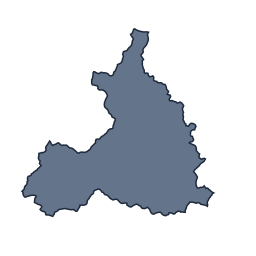 Ouro Preto, Minas Gerais, Brazil, rotated 99°
{"feature_id": "56859067B58463943509301", "entity_name": "Ouro Preto", "entity_type": "district", "adm_level": 2, "iso_a3": "BRA", "parent_name": "Brazil", "parent_adm1": "Minas Gerais", "projection": "albers", "projection_center": [-43.625, -20.396], "detail": "fine", "context": "isolated", "style": "filled", "palette": "slate", "viewbox_px": 256, "rotation_deg": 99, "n_neighbors": 0, "source": "geoboundaries", "source_scale": "gbopen_adm2", "svg_char_len": 5859}
<svg xmlns="http://www.w3.org/2000/svg" viewBox="0 0 256 256"><g transform="rotate(99 128 128)"><path d="M35.1,140.1L36.5,139.1L38.0,137.6L39.3,136.6L41.0,137.2L42.6,137.4L43.7,137.2L45.3,137.5L47.0,138.2L48.3,139.4L49.6,140.3L50.7,140.6L52.0,141.6L52.6,143.2L53.3,144.4L56.0,144.8L56.9,144.2L58.1,143.7L59.2,143.9L60.5,144.2L62.0,144.2L63.6,144.6L64.6,144.9L65.6,146.0L67.0,148.3L68.4,148.2L70.0,148.7L71.6,148.9L72.8,149.4L73.9,149.7L75.2,150.9L76.7,150.7L78.0,151.2L78.9,152.2L79.2,153.6L78.9,154.9L77.9,155.9L77.2,157.4L77.1,159.5L77.4,160.9L77.1,162.1L77.4,163.8L78.9,165.2L78.7,166.7L78.4,168.1L77.8,169.3L77.8,170.7L79.2,171.1L80.8,170.8L82.7,170.9L84.5,170.8L86.0,171.4L89.4,170.9L90.9,170.0L90.9,168.3L91.1,166.8L91.0,165.1L92.1,164.2L93.8,163.9L94.8,162.7L94.8,161.4L94.5,160.0L94.5,158.3L95.2,157.2L95.7,155.9L97.7,154.3L99.4,153.3L101.3,153.8L102.7,154.4L103.7,154.7L105.0,154.7L106.3,155.2L109.1,155.0L110.8,154.3L112.0,152.8L112.9,151.3L114.0,150.2L115.5,149.6L116.5,148.9L117.2,147.1L118.3,146.1L119.5,145.6L120.0,144.6L120.3,143.2L120.8,142.2L122.5,141.8L123.7,142.4L125.5,142.5L128.2,143.0L130.6,142.9L131.3,143.8L131.6,145.2L132.2,146.2L133.1,147.1L136.3,148.4L137.3,149.4L139.6,151.3L140.4,152.6L141.6,153.5L143.1,154.3L143.8,155.2L143.7,156.5L144.3,157.8L146.1,158.0L148.0,157.8L149.2,158.9L152.2,161.1L153.7,161.7L154.9,162.0L156.0,163.3L157.5,164.5L158.2,165.6L158.8,166.8L159.0,169.7L159.4,171.3L160.7,173.0L160.2,174.5L159.4,175.4L158.0,177.8L157.1,179.1L156.7,180.4L156.7,182.4L156.0,183.9L155.3,184.8L154.5,186.1L154.9,187.6L154.9,189.1L155.6,190.5L155.2,191.8L154.2,193.0L153.5,194.4L154.4,196.0L155.2,196.7L156.0,198.4L157.0,199.6L156.2,200.7L155.3,201.6L154.1,202.2L153.1,203.4L154.8,204.0L156.1,204.6L157.4,205.1L158.5,205.8L159.8,206.2L161.0,206.1L162.2,205.5L163.7,205.8L164.8,206.8L165.6,208.0L165.8,209.6L166.6,210.7L166.9,212.0L169.8,211.7L170.9,211.9L172.0,211.7L173.3,211.0L174.1,209.8L175.4,209.7L177.0,209.9L177.9,208.9L178.6,207.9L181.1,209.6L182.4,210.8L183.8,211.4L184.9,212.8L186.1,214.0L187.3,214.8L188.5,216.2L189.9,216.4L190.7,217.5L191.4,219.0L192.7,219.5L194.2,219.3L195.6,218.6L196.6,219.3L198.3,219.0L200.0,219.4L200.9,220.1L201.9,220.8L203.1,221.0L204.5,220.9L205.8,221.9L207.2,222.8L207.8,221.7L208.9,221.6L210.2,221.1L211.6,220.1L212.5,218.7L211.6,217.3L210.8,215.8L210.4,214.5L209.8,213.6L209.4,211.9L209.2,210.6L209.2,209.0L210.0,207.8L212.1,209.0L213.2,208.8L214.7,208.9L216.2,208.7L216.9,206.1L217.5,205.1L217.5,203.9L217.8,202.8L218.5,201.2L219.9,200.9L222.1,202.1L223.1,201.0L223.6,199.6L223.7,198.3L224.0,196.7L226.6,195.5L226.3,192.1L226.8,190.1L227.0,188.4L225.6,188.0L224.6,187.3L223.4,187.4L222.4,187.0L221.8,185.7L220.7,184.4L219.3,183.5L218.9,182.2L218.4,180.8L217.3,177.2L217.6,175.6L217.6,170.8L217.0,169.3L217.6,167.9L218.4,166.4L218.0,165.2L215.7,164.4L213.3,163.3L211.9,163.5L211.3,161.3L211.2,159.9L210.8,158.7L210.1,157.6L209.1,156.8L206.2,156.8L205.1,156.4L204.1,155.6L202.7,155.1L201.3,154.4L199.7,153.8L198.9,152.6L198.0,152.0L195.6,151.9L194.3,150.3L192.8,147.4L193.4,145.9L194.1,144.7L195.4,143.8L195.5,142.3L196.6,141.4L197.5,140.2L197.4,138.6L198.0,137.5L198.9,136.1L200.0,135.1L200.6,133.8L201.4,131.6L200.7,130.1L200.1,128.3L200.6,126.9L202.4,124.7L203.3,123.2L203.3,121.5L202.4,118.8L202.6,117.3L204.2,117.1L205.6,114.0L205.5,112.5L204.2,111.2L203.0,109.7L202.2,108.4L201.8,106.9L202.8,105.1L203.2,103.4L204.2,102.6L205.1,101.5L205.1,99.3L204.4,97.9L203.3,96.5L204.0,95.3L204.9,93.9L207.2,92.6L208.2,91.8L208.9,90.7L209.1,89.5L208.7,88.4L207.7,87.5L206.4,84.3L206.2,82.7L207.0,81.6L207.8,80.8L208.4,79.7L208.7,78.3L208.7,76.9L207.8,76.2L207.5,74.9L206.6,74.2L205.4,74.3L205.2,73.1L205.2,71.5L205.9,69.5L205.2,68.2L204.1,67.7L203.2,66.6L202.5,65.7L202.0,64.0L202.9,62.7L202.3,61.5L202.5,60.0L202.3,58.3L199.9,58.6L198.8,58.0L197.4,57.9L195.6,57.6L194.2,56.9L193.2,56.0L191.5,55.5L191.3,53.0L191.1,51.4L191.5,50.1L191.6,48.6L190.6,47.0L191.1,45.3L191.9,44.4L192.2,39.0L192.9,37.4L191.2,37.3L189.7,38.1L188.6,38.0L187.5,37.7L184.5,36.7L183.3,35.9L182.2,35.5L181.2,34.8L179.6,34.3L178.7,33.2L178.1,35.0L177.2,36.6L176.4,37.5L176.2,38.6L175.1,39.5L174.9,40.7L175.5,41.8L174.5,42.6L173.2,43.6L174.4,44.6L175.2,45.6L175.2,47.2L176.2,48.5L176.4,50.1L173.8,51.8L171.5,52.3L169.3,52.4L166.5,51.8L165.3,51.9L162.9,54.0L160.9,56.3L159.7,56.0L157.6,54.6L156.7,53.8L154.7,52.2L153.6,51.5L152.4,51.0L151.2,50.0L150.2,48.8L149.1,47.7L147.7,47.2L146.5,46.7L146.0,47.8L146.5,49.2L147.4,50.6L146.0,53.3L144.0,53.4L142.4,53.2L141.7,54.8L140.7,55.7L139.6,57.0L137.6,57.3L136.1,57.9L135.1,58.8L134.5,60.0L134.2,61.7L133.2,65.1L132.0,64.3L131.5,62.5L130.2,61.5L128.9,61.5L127.7,62.4L126.2,63.1L126.2,64.6L125.3,65.3L123.8,65.3L122.0,65.7L120.5,64.8L119.5,63.3L119.4,61.9L117.7,61.7L115.8,61.1L114.1,62.3L113.5,64.0L113.4,65.4L113.6,66.7L115.1,67.9L116.8,68.4L116.6,71.3L115.1,71.4L114.4,72.8L112.8,73.6L111.3,74.9L108.1,75.0L106.9,75.5L105.3,76.1L103.9,75.6L102.9,76.3L101.4,77.0L99.5,77.3L98.6,76.6L97.0,76.6L95.9,77.8L95.0,78.9L94.2,80.5L95.7,83.1L94.7,84.8L94.5,87.2L93.9,88.9L94.7,90.8L93.7,91.7L92.4,91.7L91.4,91.1L89.9,90.8L88.8,91.8L88.9,93.2L88.6,94.5L85.8,93.6L84.7,94.6L83.8,95.9L81.7,96.6L80.1,97.4L79.2,98.2L79.2,99.6L79.1,100.8L78.1,101.9L78.6,105.9L77.5,106.7L77.5,108.3L77.1,110.0L75.6,110.4L73.7,110.5L72.6,111.7L73.5,113.1L74.0,114.3L73.4,115.4L72.4,116.3L70.9,116.8L70.8,118.3L71.3,119.7L70.5,120.7L68.1,121.1L67.1,122.1L64.3,123.3L63.3,123.8L61.8,123.9L60.3,124.3L59.0,124.3L58.1,123.3L57.1,124.0L54.8,126.3L53.6,126.6L52.1,125.4L50.4,124.8L49.1,125.4L47.7,125.4L46.4,124.9L43.4,122.9L40.6,122.2L39.4,122.0L38.0,121.7L36.3,122.0L34.3,122.7L33.1,123.4L31.8,123.2L30.2,122.7L30.1,124.5L30.5,126.3L30.7,128.0L30.7,129.4L30.5,131.0L30.5,132.4L29.7,135.5L29.0,136.8L29.6,137.9L31.2,138.1L33.0,138.4L34.2,139.1L35.1,140.1Z" fill="#64748b" stroke="#1e293b" stroke-width="1.5"/></g></svg>